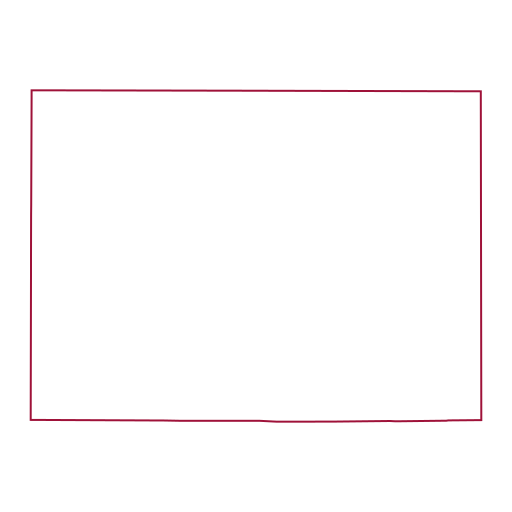 outline of Uinta, Wyoming, United States of America
{"feature_id": "52423323B13546704398274", "entity_name": "Uinta", "entity_type": "district", "adm_level": 2, "iso_a3": "USA", "parent_name": "United States of America", "parent_adm1": "Wyoming", "projection": "natural_earth1", "projection_center": [-110.653, 41.287], "detail": "fine", "context": "isolated", "style": "outline", "palette": "rose", "viewbox_px": 512, "rotation_deg": 0, "n_neighbors": 0, "source": "geoboundaries", "source_scale": "gbopen_adm2", "svg_char_len": 366}
<svg xmlns="http://www.w3.org/2000/svg" viewBox="0 0 512 512"><path d="M31.0,276.2L30.7,419.9L164.3,420.5L180.4,420.8L259.5,420.8L277.2,421.7L333.6,421.6L390.0,421.0L395.8,421.3L446.4,420.7L448.3,420.4L481.3,420.1L480.8,91.3L241.5,90.7L31.6,90.3L31.6,98.4L31.2,204.7L31.1,214.4L31.0,256.8L31.0,276.1L31.0,276.2Z" fill="none" stroke="#9f1239" stroke-width="2"/></svg>